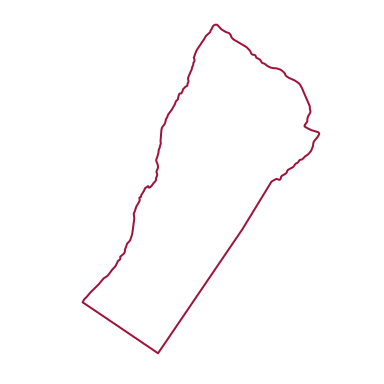 the border of San Luis, rotated 34°
{"feature_id": "ARG-1298", "entity_name": "San Luis", "entity_type": "Province", "adm_level": 1, "iso_a3": "ARG", "parent_name": "Argentina", "parent_adm1": "", "projection": "natural_earth1", "projection_center": [-66.295, -33.924], "detail": "fine", "context": "isolated", "style": "outline", "palette": "rose", "viewbox_px": 384, "rotation_deg": 34, "n_neighbors": 0, "source": "natural_earth", "source_scale": "10m", "svg_char_len": 3725}
<svg xmlns="http://www.w3.org/2000/svg" viewBox="0 0 384 384"><g transform="rotate(34 192 192)"><path d="M254.3,271.3L254.1,333.3L254.0,344.6L253.7,344.7L251.2,344.7L198.4,344.6L196.2,344.6L163.4,344.6L163.0,344.5L162.7,342.1L162.7,340.9L163.4,337.5L163.9,332.2L166.3,320.5L167.0,313.1L168.8,309.0L169.0,307.5L169.3,300.9L170.0,296.4L169.9,295.2L169.2,290.6L169.3,290.2L169.6,289.6L169.9,288.8L170.0,287.9L169.8,287.3L169.4,286.7L168.7,285.8L169.9,281.6L170.0,280.3L169.7,279.1L168.5,276.9L168.3,276.0L168.1,274.7L167.3,272.0L167.1,271.0L167.7,267.2L167.5,265.7L166.0,260.4L158.9,246.1L156.1,242.9L155.6,241.8L155.4,240.1L154.0,235.4L153.6,229.2L153.1,227.7L152.1,226.9L151.6,226.0L152.4,224.4L151.7,223.0L151.5,217.4L151.0,215.5L151.1,214.5L151.9,213.1L152.1,212.1L152.3,211.8L152.7,211.8L153.5,212.3L154.0,212.3L154.8,211.2L155.0,209.6L155.2,205.8L155.6,203.5L155.5,202.4L154.4,200.5L154.0,198.3L153.6,197.2L152.8,196.4L151.8,195.7L151.0,194.7L150.4,191.4L149.7,190.1L148.7,189.0L147.8,188.1L145.6,186.7L144.6,185.8L144.1,184.8L143.9,183.4L142.4,178.5L141.0,176.0L140.2,172.7L139.9,172.1L139.1,169.5L138.7,168.8L137.5,167.5L131.8,157.4L131.2,155.7L131.1,154.3L131.3,151.1L131.1,149.7L129.7,146.3L129.6,143.6L129.3,142.9L128.9,141.0L129.2,135.1L128.7,128.5L128.2,127.0L128.0,126.1L128.0,125.4L128.4,124.0L128.4,123.1L127.2,120.0L126.6,118.0L126.9,117.1L127.9,116.3L127.9,114.6L127.1,111.5L127.3,110.9L127.6,108.8L128.7,106.5L128.4,105.8L127.8,104.9L127.5,103.7L127.3,102.4L126.9,101.8L126.3,101.3L125.5,100.4L125.0,99.6L124.7,98.6L123.5,92.6L123.4,91.5L123.2,90.6L122.3,88.3L122.0,86.3L121.8,85.7L121.5,85.1L121.1,84.5L120.9,84.0L121.0,82.8L120.9,82.3L120.4,81.4L119.8,80.7L118.4,79.7L116.7,72.9L116.5,69.8L116.6,64.8L116.5,62.5L116.6,58.1L116.4,56.9L116.3,55.2L116.4,54.6L116.5,53.7L117.4,50.5L117.5,50.4L117.5,50.0L117.6,49.5L117.5,48.8L117.2,48.0L117.1,47.8L117.1,47.7L117.1,47.4L117.2,46.3L117.1,45.5L116.8,43.8L116.7,43.0L116.7,42.6L116.8,42.1L117.0,41.5L117.4,40.7L118.0,40.1L119.3,39.3L121.9,39.8L123.8,40.4L124.7,40.6L126.0,40.7L131.0,40.4L133.1,39.7L133.6,39.6L134.4,39.7L135.7,40.0L136.4,40.3L136.9,40.6L137.7,41.3L138.0,41.5L138.3,41.7L138.7,41.9L141.0,42.3L156.3,41.4L160.4,42.3L161.8,42.8L163.4,43.9L164.0,44.2L164.5,44.3L165.1,44.3L166.0,44.0L167.3,43.4L167.7,43.4L168.2,43.4L168.8,43.7L170.0,44.6L170.5,44.7L173.7,44.3L174.2,44.3L174.7,44.4L175.6,44.7L177.2,45.6L177.7,45.7L178.4,45.6L180.3,45.1L181.1,45.1L184.1,45.4L187.1,45.0L190.1,43.9L192.6,42.4L193.9,41.9L196.9,41.1L199.2,41.1L202.0,41.6L202.7,41.8L203.0,42.0L203.9,42.7L204.3,42.9L204.8,43.1L205.8,43.2L208.6,43.2L214.6,42.1L219.9,42.1L221.8,42.7L224.9,44.3L241.6,55.0L243.2,57.1L244.9,58.7L245.3,59.3L245.5,59.7L245.8,60.9L245.8,61.3L245.8,62.6L245.8,63.5L246.0,64.3L246.3,65.8L246.9,67.1L247.8,68.6L248.0,69.0L248.2,69.7L248.0,72.9L248.1,73.3L248.2,74.1L248.4,74.4L248.8,74.6L249.6,74.8L256.0,74.1L262.0,72.2L263.1,71.9L263.5,71.9L263.9,72.0L264.3,72.1L264.6,72.3L264.9,72.6L265.1,73.2L265.2,74.2L265.3,76.5L265.1,78.4L264.9,80.4L264.8,82.1L265.0,82.7L265.2,83.5L266.6,86.2L266.9,87.6L267.2,89.0L267.6,90.6L267.7,91.0L267.7,91.6L267.5,94.1L267.1,96.1L265.8,99.4L265.3,102.5L265.2,103.0L265.0,103.5L264.5,104.0L263.6,104.9L263.4,105.3L263.3,105.8L263.3,106.6L263.4,107.6L263.3,108.1L263.2,108.6L262.3,110.2L262.2,110.7L262.0,111.3L262.0,114.0L261.9,114.6L261.6,115.3L259.3,119.8L259.2,120.3L259.1,120.8L259.2,121.7L259.7,123.1L259.6,123.7L259.3,124.6L257.7,127.8L257.4,128.5L257.4,129.8L258.1,131.4L258.1,131.9L258.1,132.3L257.7,132.9L257.4,133.2L257.0,133.3L255.5,133.6L255.0,133.8L254.8,134.0L254.5,134.2L254.3,134.5L252.5,138.0L252.2,138.8L252.1,139.2L254.6,194.9L254.3,271.2L254.3,271.3Z" fill="none" stroke="#9f1239" stroke-width="2"/></g></svg>